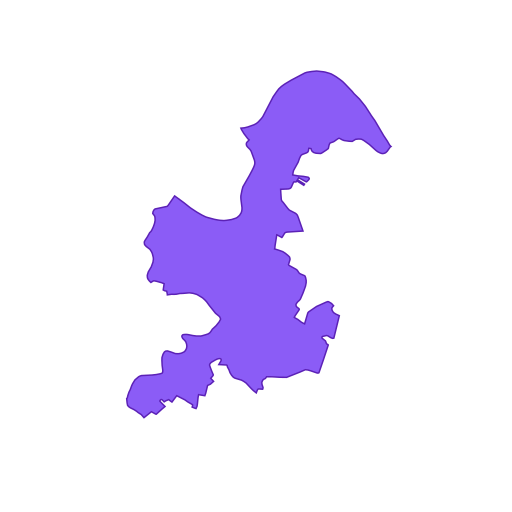 My Loc, Nam Định, Vietnam, rotated 299°
{"feature_id": "81297802B55456276640785", "entity_name": "My Loc", "entity_type": "district", "adm_level": 2, "iso_a3": "VNM", "parent_name": "Vietnam", "parent_adm1": "Nam Định", "projection": "natural_earth1", "projection_center": [106.125, 20.455], "detail": "fine", "context": "isolated", "style": "filled", "palette": "violet", "viewbox_px": 512, "rotation_deg": 299, "n_neighbors": 0, "source": "geoboundaries", "source_scale": "gbopen_adm2", "svg_char_len": 6110}
<svg xmlns="http://www.w3.org/2000/svg" viewBox="0 0 512 512"><g transform="rotate(299 256 256)"><path d="M60.3,236.4L69.1,240.0L69.1,245.0L69.3,245.5L76.6,248.0L80.3,249.4L80.9,247.3L82.0,243.4L82.5,242.2L83.3,242.1L84.4,242.5L84.7,243.0L84.7,243.8L83.9,246.4L85.6,247.3L88.1,249.3L87.7,251.3L87.5,253.3L95.4,254.4L95.7,263.7L95.3,266.9L95.2,272.3L95.1,272.7L94.6,273.0L92.9,273.4L93.3,276.6L93.5,277.5L95.9,277.3L97.9,276.6L104.2,273.9L106.9,273.0L109.0,279.0L111.8,278.5L119.3,276.4L121.8,278.3L125.8,279.7L127.1,275.7L129.8,276.3L130.8,276.4L131.4,276.2L133.9,273.0L136.0,270.5L137.8,268.5L138.4,268.1L139.6,268.0L141.2,268.4L145.3,270.8L147.0,272.0L148.0,273.0L148.8,274.2L148.9,275.1L148.6,275.7L147.6,276.2L146.9,276.2L143.0,276.1L146.2,282.7L146.4,283.3L146.3,283.8L145.2,284.7L143.3,287.6L141.3,289.9L139.9,292.4L139.1,294.5L138.9,296.2L139.0,297.1L140.4,303.5L140.4,306.1L140.1,308.9L137.7,316.3L137.0,319.0L136.4,322.6L139.1,322.2L140.1,322.2L140.7,322.5L141.1,322.9L142.7,326.4L143.7,326.2L144.4,325.9L146.7,323.4L148.4,322.3L150.6,322.1L151.9,322.5L153.5,323.6L155.5,323.8L158.2,328.7L161.7,336.0L164.7,341.6L175.9,350.8L180.5,354.3L181.5,356.8L182.2,360.0L183.3,366.3L184.0,367.4L184.3,367.6L184.7,367.6L198.2,365.2L213.0,362.4L213.3,362.2L213.4,361.9L213.4,360.4L213.6,360.0L214.7,358.8L215.4,357.9L216.2,353.6L216.5,353.3L217.1,353.0L217.9,353.2L220.7,356.3L221.0,357.6L220.8,360.9L221.0,362.5L221.2,363.1L221.9,363.9L244.2,357.8L243.9,353.9L244.1,351.4L244.4,350.6L245.2,349.2L245.7,348.6L247.1,347.6L248.3,347.6L250.1,348.0L251.1,345.1L251.2,341.7L251.0,341.0L250.4,340.4L249.5,339.6L241.2,333.4L232.6,329.1L231.6,328.9L230.9,329.0L220.2,331.4L220.1,329.6L220.1,327.8L220.8,323.3L220.8,319.9L220.9,319.2L223.0,319.2L229.9,319.8L230.3,319.7L230.8,319.1L231.2,316.4L231.6,315.5L232.8,314.5L233.4,314.4L235.1,314.5L236.5,314.8L238.1,315.4L239.9,315.7L246.1,315.1L250.1,314.5L253.7,313.9L257.0,312.8L259.0,311.7L261.0,310.0L261.9,309.0L262.3,308.4L262.3,307.6L261.9,303.9L261.9,302.4L262.2,301.6L263.5,299.1L263.7,298.3L263.8,297.3L263.8,289.5L263.9,289.1L264.2,288.6L269.3,287.5L270.3,286.9L271.3,285.9L271.6,285.1L271.9,284.0L272.6,280.3L272.8,277.3L272.1,273.1L271.2,268.8L271.9,268.7L274.2,267.7L284.6,263.9L284.7,264.6L284.7,269.6L285.4,269.8L290.1,270.0L291.1,270.6L292.0,271.6L300.6,285.0L310.3,274.2L311.8,272.3L312.3,270.9L312.5,269.8L312.3,263.0L313.0,260.8L316.0,253.9L316.6,252.1L317.0,251.5L317.7,250.7L323.4,247.0L326.3,245.2L330.2,251.6L331.4,252.9L332.4,253.4L333.5,253.5L337.9,253.1L339.0,253.2L339.3,253.3L340.0,254.8L340.5,255.3L341.5,255.3L341.0,263.5L342.4,263.6L342.8,255.3L345.2,255.4L345.2,264.0L345.4,264.3L348.1,265.1L349.1,265.2L349.6,265.0L349.9,264.6L350.2,263.5L348.6,258.8L346.4,253.8L344.7,248.8L347.2,247.9L349.0,247.4L358.4,247.4L362.6,246.7L365.0,246.6L365.9,246.6L367.3,247.3L370.7,250.2L372.0,250.9L373.3,250.9L375.6,250.0L375.9,250.0L376.6,252.1L375.6,253.0L374.7,254.5L374.5,256.4L374.9,258.3L375.2,259.1L376.9,262.7L377.4,263.2L378.3,263.8L382.7,266.1L384.9,267.1L385.3,267.1L388.5,266.1L390.4,265.9L391.2,266.4L393.2,268.2L394.1,268.8L398.1,270.7L399.2,271.5L399.4,272.2L399.4,275.1L399.7,277.1L401.6,282.0L402.9,284.6L406.3,286.5L408.0,288.9L409.1,291.1L409.3,292.1L409.3,294.4L408.5,301.1L406.5,309.7L406.2,311.8L406.3,314.3L406.5,315.8L406.9,317.0L407.7,318.1L409.1,319.3L411.3,320.0L416.7,320.6L417.2,321.0L417.8,319.1L420.2,315.1L423.2,309.3L432.0,294.4L434.6,289.0L439.9,279.1L441.5,275.2L443.5,270.3L445.5,263.0L446.6,260.3L449.8,250.0L450.6,247.1L451.1,243.8L451.6,239.2L451.7,236.0L451.7,233.5L451.3,231.3L450.4,227.4L449.8,225.6L447.2,219.4L444.4,215.3L441.4,211.5L439.8,210.0L426.8,201.5L420.2,197.7L416.6,196.0L413.2,194.9L409.6,194.4L403.6,193.8L381.2,194.4L379.0,194.1L374.4,193.0L372.1,192.1L369.9,190.7L364.9,186.3L362.5,183.7L360.5,180.8L359.6,181.9L357.2,186.1L354.6,192.0L354.2,193.7L351.0,192.9L350.2,192.9L349.5,193.1L348.5,193.7L347.7,194.7L347.2,195.9L346.3,199.0L345.6,200.5L344.4,202.0L339.1,208.1L337.7,209.3L336.6,210.0L334.8,210.6L332.5,210.9L329.0,211.1L323.1,211.2L310.2,211.0L306.9,211.8L301.3,213.6L299.6,214.5L297.9,215.6L291.5,220.3L289.8,221.2L288.1,221.8L286.5,222.1L283.6,221.9L280.7,220.9L279.3,220.0L276.0,216.9L272.9,212.9L271.4,210.7L269.8,207.3L268.9,204.9L267.9,201.8L266.2,195.0L265.8,193.0L265.6,188.9L265.7,182.9L266.1,177.7L266.3,175.3L267.7,166.9L269.1,155.7L257.7,154.6L256.4,154.3L248.2,144.9L246.7,144.4L244.7,144.5L243.1,145.1L242.1,147.4L241.7,148.1L240.4,149.2L238.2,150.5L235.8,151.3L234.5,151.6L231.4,152.1L228.0,152.3L226.4,152.2L224.9,151.7L220.0,151.7L216.2,151.4L214.5,151.4L213.5,151.8L212.1,152.9L211.8,153.4L211.1,155.4L210.5,159.6L210.3,160.3L209.7,161.3L209.1,162.5L207.8,164.2L205.0,166.8L203.5,167.8L200.6,168.9L195.3,169.7L194.4,169.6L189.8,169.5L187.0,170.1L186.1,170.4L184.9,171.2L184.2,171.7L183.3,172.9L182.4,175.0L181.9,176.9L184.1,178.1L184.7,178.6L185.0,179.2L185.7,181.5L186.9,186.5L187.2,189.1L181.3,191.3L181.3,192.8L181.9,195.0L179.9,196.7L179.0,197.3L181.6,200.7L182.8,203.0L184.1,205.0L186.3,207.6L187.8,210.1L191.5,215.6L192.8,218.9L193.2,220.6L193.7,222.9L193.7,224.5L193.5,229.5L192.8,232.5L192.0,235.0L190.1,239.1L186.3,248.3L185.5,252.7L185.1,253.9L183.9,255.4L183.4,255.7L180.4,255.7L175.7,254.9L170.8,253.3L167.9,253.1L166.4,252.8L164.8,252.0L162.9,250.3L160.0,247.4L159.3,246.6L157.1,242.6L155.8,239.3L154.3,234.6L153.6,233.0L152.3,230.9L151.5,230.1L151.1,230.0L150.3,229.9L149.8,230.1L149.0,230.9L148.3,232.0L147.6,234.6L146.9,236.2L145.3,238.0L143.5,239.3L141.6,240.0L140.2,240.1L138.5,240.0L137.1,239.5L134.8,237.8L133.2,235.9L132.6,234.9L131.8,233.3L131.5,232.6L130.9,228.6L130.1,224.7L129.4,223.6L128.9,223.0L128.3,222.7L127.6,222.4L125.1,222.3L124.0,222.5L121.6,223.0L119.1,224.3L114.9,226.9L110.8,229.9L109.1,230.7L108.3,230.7L107.9,230.6L106.6,229.4L104.0,226.3L101.5,222.8L95.9,213.8L94.7,212.7L93.5,211.9L89.0,210.2L84.7,210.0L82.6,210.1L78.0,210.8L75.4,210.9L72.0,211.5L69.6,212.2L68.6,212.0L65.0,214.5L63.1,216.1L62.5,217.7L62.3,219.8L62.5,223.8L62.3,226.8L61.9,229.0L61.7,232.5L60.3,236.4Z" fill="#8b5cf6" stroke="#5b21b6" stroke-width="1.5"/></g></svg>